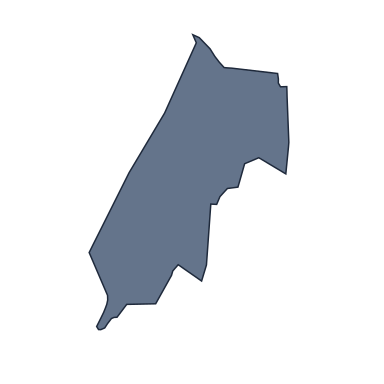 Cerro Corá, Rio Grande do Norte, Brazil (Equal Earth projection), rotated 192°
{"feature_id": "56859067B25241393300529", "entity_name": "Cerro Corá", "entity_type": "district", "adm_level": 2, "iso_a3": "BRA", "parent_name": "Brazil", "parent_adm1": "Rio Grande do Norte", "projection": "equal_earth", "projection_center": [-36.335, -5.976], "detail": "fine", "context": "isolated", "style": "filled", "palette": "slate", "viewbox_px": 384, "rotation_deg": 192, "n_neighbors": 0, "source": "geoboundaries", "source_scale": "gbopen_adm2", "svg_char_len": 863}
<svg xmlns="http://www.w3.org/2000/svg" viewBox="0 0 384 384"><g transform="rotate(192 192 192)"><path d="M107.6,260.7L118.8,304.9L120.0,310.0L121.2,314.8L127.3,313.3L130.2,316.5L131.0,320.5L132.9,325.7L178.9,321.4L183.6,320.7L186.5,320.4L192.4,324.7L197.9,329.4L204.1,335.8L217.0,344.5L223.9,346.0L218.8,338.8L235.2,263.5L255.9,202.6L257.5,198.0L273.3,137.2L277.8,120.0L280.0,111.4L253.1,73.3L252.0,68.8L252.0,64.4L252.6,60.3L253.4,55.8L255.0,49.4L257.3,40.6L254.8,38.0L252.6,38.4L249.1,40.9L247.3,45.6L244.5,51.5L242.2,53.1L239.3,53.9L232.5,68.5L204.3,75.1L194.7,106.2L194.4,110.7L192.9,113.5L190.4,118.0L164.1,106.9L162.7,123.6L171.1,184.1L165.3,185.0L163.7,193.3L160.7,198.4L158.1,202.8L148.1,206.3L147.7,211.4L147.5,214.4L146.4,230.6L133.8,239.4L120.0,234.7L104.0,229.2L107.0,256.1L107.6,260.7Z" fill="#64748b" stroke="#1e293b" stroke-width="1.5"/></g></svg>